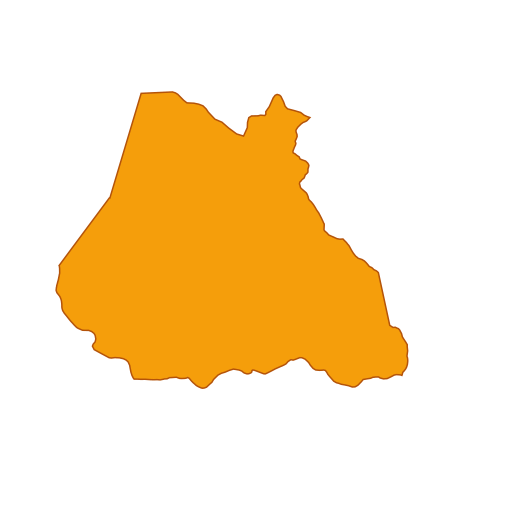 Bordelais, Praslin, Saint Lucia, rotated 21°
{"feature_id": "8701671B2612636818679", "entity_name": "Bordelais", "entity_type": "district", "adm_level": 2, "iso_a3": "LCA", "parent_name": "Saint Lucia", "parent_adm1": "Praslin", "projection": "albers", "projection_center": [-60.899, 13.896], "detail": "fine", "context": "isolated", "style": "filled", "palette": "amber", "viewbox_px": 512, "rotation_deg": 21, "n_neighbors": 0, "source": "geoboundaries", "source_scale": "gbopen_adm2", "svg_char_len": 6009}
<svg xmlns="http://www.w3.org/2000/svg" viewBox="0 0 512 512"><g transform="rotate(21 256 256)"><path d="M90.5,145.3L98.8,254.2L98.3,254.3L81.3,315.0L75.6,335.5L75.9,335.7L76.0,335.9L76.7,337.2L77.0,337.7L77.1,338.0L77.3,338.5L77.8,339.7L78.2,340.7L78.5,341.5L78.8,342.2L79.0,343.1L79.0,343.6L79.1,343.9L79.2,344.2L79.3,345.1L79.5,345.9L79.5,346.3L79.6,346.9L79.7,347.3L79.8,348.0L79.9,348.3L79.9,348.6L80.0,349.1L80.0,349.3L80.1,349.9L80.1,350.2L80.2,351.2L80.2,351.8L80.4,352.2L80.4,352.8L80.5,354.2L80.6,354.5L80.6,354.9L80.6,355.1L80.7,355.6L80.8,355.8L81.0,356.6L81.0,357.2L81.2,357.8L81.4,358.5L81.6,359.4L81.9,360.0L83.4,361.7L83.6,361.8L84.4,362.3L85.3,362.8L85.6,363.0L86.3,363.4L86.9,363.8L87.3,364.1L87.5,364.2L87.7,364.4L87.9,364.6L88.2,365.0L88.5,365.2L88.7,365.4L89.1,365.9L89.8,366.7L90.2,367.3L90.7,368.1L91.0,368.7L91.4,369.4L91.8,370.2L92.2,371.1L92.5,371.8L92.6,372.0L92.8,372.6L93.3,373.7L93.6,374.2L93.7,374.4L94.1,374.9L94.3,375.2L95.0,376.1L95.8,376.8L96.7,377.4L96.9,377.6L97.2,377.9L98.4,378.6L100.7,379.9L102.7,381.1L104.2,382.0L104.9,382.4L107.1,383.6L108.8,384.4L109.9,385.0L111.7,385.9L112.0,386.0L113.3,386.6L114.3,387.0L116.0,387.3L120.5,387.5L122.7,386.8L126.4,385.4L128.1,385.4L129.6,385.4L132.5,386.3L134.2,387.7L134.4,387.9L135.7,390.1L136.1,390.6L136.2,391.0L136.6,393.7L135.7,396.4L135.6,396.6L135.6,397.5L135.6,398.8L138.5,401.4L140.0,401.6L146.7,402.5L153.0,403.3L155.3,403.6L157.5,403.1L160.9,401.3L162.0,401.0L162.6,400.8L164.1,400.3L165.0,400.0L167.1,399.7L169.0,399.4L172.1,399.7L172.6,399.9L173.0,400.1L173.7,400.3L174.7,400.8L177.3,403.4L177.4,403.6L178.9,406.1L180.9,409.3L182.2,410.9L182.9,411.8L184.9,413.7L186.3,414.6L188.4,413.8L189.0,413.6L191.0,412.9L192.4,412.5L192.9,412.3L196.7,410.8L201.9,409.2L204.8,408.2L206.7,407.4L207.3,407.1L207.5,407.1L207.9,406.9L208.2,406.8L210.9,406.0L213.6,404.3L214.7,403.5L215.0,403.4L216.3,402.8L217.0,402.5L218.8,400.6L220.6,399.8L221.5,399.4L223.4,398.5L224.7,397.9L225.1,397.7L227.0,397.7L228.8,397.6L229.3,397.4L230.5,397.0L231.0,396.8L233.5,395.7L234.9,394.8L235.5,394.2L235.8,393.9L237.5,394.1L239.4,395.2L241.1,396.1L241.7,396.3L242.4,396.7L244.4,397.4L246.4,398.2L247.8,398.5L249.6,398.7L252.2,398.8L252.8,398.7L253.2,398.6L253.4,398.6L254.4,398.1L255.4,397.5L256.1,396.8L256.8,396.2L257.0,395.8L258.7,392.3L260.1,389.7L260.2,388.9L260.6,386.6L261.1,385.4L262.6,382.1L262.9,381.5L263.2,380.8L263.7,380.2L265.7,377.9L268.8,375.5L272.0,372.4L272.4,372.1L272.5,372.0L272.6,371.9L274.4,370.5L275.4,369.7L278.0,369.1L278.6,369.0L279.2,368.9L280.5,368.6L281.7,368.5L283.9,368.5L285.1,368.9L285.4,369.0L285.9,369.2L286.7,369.4L287.8,369.4L289.7,369.3L290.9,368.8L291.6,368.4L292.1,367.9L293.1,367.0L293.5,366.1L293.6,365.9L293.4,364.7L293.3,364.3L293.6,364.0L293.7,363.7L294.9,363.3L297.4,363.2L301.6,363.2L302.0,363.2L305.3,363.2L306.1,363.0L307.1,362.6L309.1,360.5L311.0,358.4L313.7,355.3L314.1,354.8L314.6,354.3L319.1,349.8L319.4,349.6L321.3,347.6L322.7,345.9L323.2,344.5L323.3,344.2L323.7,343.1L325.0,341.3L325.4,340.6L325.8,340.4L326.2,340.2L327.9,339.9L328.2,339.7L329.9,338.3L331.2,337.1L333.3,335.2L335.4,334.5L338.8,334.7L341.3,335.7L341.5,335.8L342.1,336.0L343.8,336.9L344.0,337.0L344.3,337.3L344.6,337.5L345.9,338.5L349.6,340.5L352.6,341.0L355.8,340.1L356.2,340.0L359.1,338.7L359.3,338.6L359.6,338.4L360.0,338.2L361.9,338.0L362.7,338.6L363.7,339.2L364.9,340.2L365.3,340.6L367.9,342.1L369.8,343.1L370.2,343.3L370.6,343.5L372.3,344.4L373.4,345.0L375.9,345.4L376.6,345.5L378.9,345.2L379.2,345.2L381.6,345.2L385.7,344.4L386.0,344.4L388.4,344.0L388.6,344.0L388.9,343.9L389.6,343.9L392.8,343.8L395.3,342.7L395.7,342.3L396.1,341.8L397.3,340.3L397.5,340.0L397.9,339.1L398.5,337.8L398.5,337.6L399.3,335.9L400.3,332.9L402.8,331.4L403.6,330.9L406.1,329.5L406.9,329.0L407.9,328.0L408.5,327.4L409.9,326.7L411.4,325.9L411.8,325.8L413.7,325.0L415.1,325.3L415.5,325.4L416.3,325.3L416.6,325.3L419.1,325.0L421.4,323.9L422.3,323.5L422.9,322.9L425.2,320.5L426.6,318.9L427.6,317.7L429.6,316.4L432.2,315.6L433.7,315.2L434.3,315.2L435.0,315.2L435.0,314.3L434.7,312.1L435.5,310.1L436.2,307.7L436.4,305.7L436.2,303.0L435.5,300.3L435.0,298.9L434.0,296.9L432.8,295.4L431.6,290.3L429.5,286.1L429.0,284.6L426.6,282.7L423.8,280.7L421.6,279.0L419.7,276.3L416.6,273.6L415.0,272.8L413.3,272.8L411.6,272.6L409.5,273.6L405.7,272.8L376.2,227.7L374.9,227.1L373.5,226.7L370.9,226.5L369.0,225.6L367.9,225.3L366.7,225.3L365.1,225.0L363.4,223.9L361.1,222.7L359.0,221.8L356.3,221.3L352.2,221.5L350.4,220.8L349.2,220.5L347.5,219.5L345.4,218.2L342.7,216.1L340.4,214.1L338.9,212.9L337.3,212.1L335.9,211.2L334.7,210.6L332.6,209.7L331.3,209.0L330.8,209.1L329.5,209.7L328.9,210.0L328.1,210.3L325.4,210.8L316.4,210.3L315.6,209.9L314.1,209.1L310.9,207.9L310.1,207.2L308.7,203.0L308.2,201.7L307.0,200.7L305.7,199.3L305.5,199.2L303.5,197.2L302.8,196.6L299.1,193.3L296.2,191.4L293.4,189.1L293.2,189.0L291.1,187.4L288.4,185.8L286.7,185.1L285.4,184.5L284.5,183.7L283.6,182.2L281.7,180.1L280.4,179.1L273.9,176.7L272.9,176.0L271.3,173.7L270.7,173.2L270.4,171.2L271.0,170.3L271.6,168.2L272.9,166.1L273.0,164.7L272.9,162.6L273.7,161.2L274.4,159.4L274.2,158.5L273.3,156.1L273.2,154.2L272.9,152.5L272.2,151.7L270.9,150.7L268.3,149.6L264.1,149.7L262.3,149.6L260.8,148.0L258.0,147.4L255.8,146.6L254.8,146.5L253.8,146.4L253.1,145.4L252.9,144.5L252.9,140.6L253.1,138.0L252.8,136.4L251.9,135.5L251.4,134.6L251.6,132.6L251.6,129.8L250.8,128.0L249.0,125.9L248.3,124.6L248.3,123.4L248.9,120.7L250.6,116.9L252.0,114.6L254.2,112.5L255.0,111.5L256.7,107.4L253.7,107.5L250.5,107.3L246.2,106.0L239.9,106.5L232.7,107.3L229.6,105.8L226.4,102.1L222.1,98.1L220.4,97.4L217.8,97.6L216.3,99.1L215.4,102.1L214.9,111.8L213.4,117.7L214.4,120.2L213.9,121.7L209.8,122.9L207.7,124.4L201.6,126.9L199.7,129.4L200.2,134.3L201.9,139.3L201.4,148.5L194.2,149.0L184.5,146.3L176.3,143.3L168.6,143.0L159.9,138.8L156.8,136.6L152.7,134.8L148.1,134.8L143.3,135.6L136.6,137.8L132.7,136.6L125.0,133.1L122.3,132.6L119.2,132.8L90.8,145.2L90.5,145.3Z" fill="#f59e0b" stroke="#b45309" stroke-width="1.5"/></g></svg>